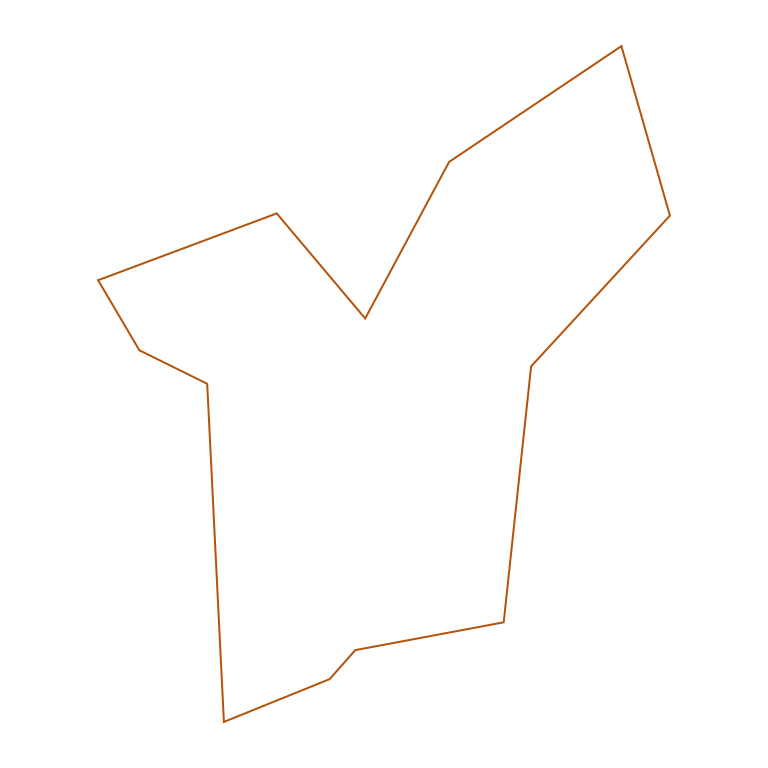 the district of Colonial Heights, Virginia, United States of America
{"feature_id": "52423323B35608412080263", "entity_name": "Colonial Heights", "entity_type": "district", "adm_level": 2, "iso_a3": "USA", "parent_name": "United States of America", "parent_adm1": "Virginia", "projection": "albers", "projection_center": [-77.399, 37.266], "detail": "fine", "context": "isolated", "style": "outline", "palette": "amber", "viewbox_px": 768, "rotation_deg": 0, "n_neighbors": 0, "source": "geoboundaries", "source_scale": "gbopen_adm2", "svg_char_len": 293}
<svg xmlns="http://www.w3.org/2000/svg" viewBox="0 0 768 768"><path d="M329.6,679.1L355.3,650.1L503.7,622.3L531.1,366.4L669.9,215.6L621.4,46.1L449.1,161.9L365.2,318.5L276.7,213.4L98.1,280.2L139.4,350.3L207.2,383.8L223.9,721.9L329.6,679.1Z" fill="none" stroke="#b45309" stroke-width="2"/></svg>